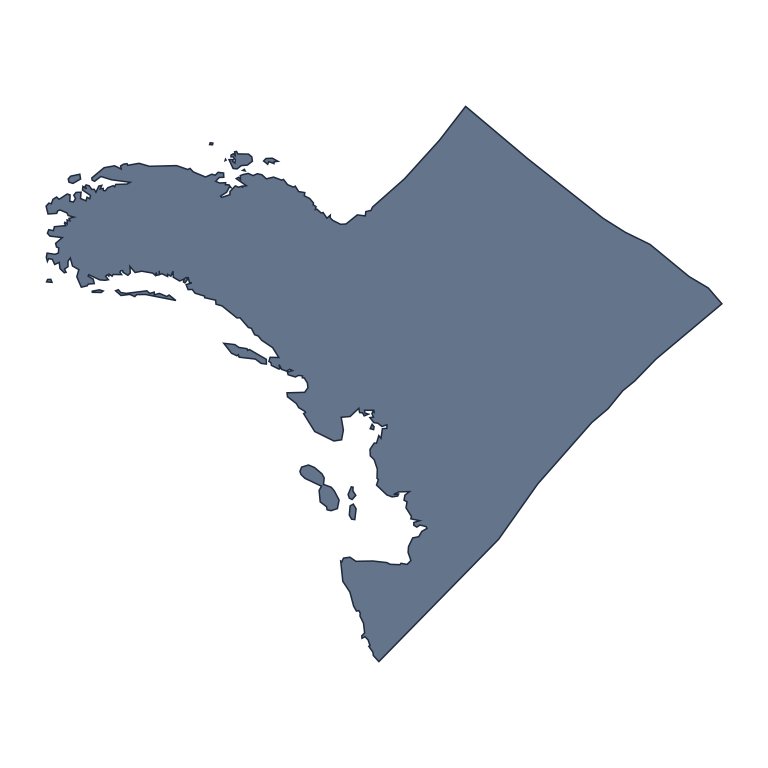 Fakfak, Papua Barat, Indonesia
{"feature_id": "22746128B79106566109504", "entity_name": "Fakfak", "entity_type": "district", "adm_level": 2, "iso_a3": "IDN", "parent_name": "Indonesia", "parent_adm1": "Papua Barat", "projection": "mercator", "projection_center": [132.521, -3.203], "detail": "fine", "context": "isolated", "style": "filled", "palette": "slate", "viewbox_px": 768, "rotation_deg": 0, "n_neighbors": 0, "source": "geoboundaries", "source_scale": "gbopen_adm2", "svg_char_len": 6049}
<svg xmlns="http://www.w3.org/2000/svg" viewBox="0 0 768 768"><path d="M721.9,303.8L708.3,288.0L689.0,276.5L650.0,244.4L625.3,232.3L603.1,218.3L527.7,158.7L465.6,106.4L439.3,140.4L404.5,178.8L372.5,207.1L371.0,210.4L365.8,211.6L365.3,215.9L357.3,214.9L346.0,224.0L340.6,224.3L332.6,220.3L330.1,217.6L330.3,215.2L326.9,218.2L323.1,212.5L321.2,213.0L316.9,209.2L315.3,209.6L316.0,206.6L313.2,204.8L313.5,203.0L309.7,198.5L304.3,195.8L304.8,192.6L298.7,191.6L295.2,186.1L293.5,187.1L287.6,184.7L283.5,179.4L281.6,180.1L273.6,177.1L266.3,178.8L262.0,174.8L257.4,173.7L253.1,175.6L248.2,173.4L243.1,174.5L240.3,175.6L240.5,179.3L238.6,177.3L236.2,178.6L246.3,185.7L242.7,186.2L242.7,187.9L242.0,186.1L238.6,187.2L235.3,185.9L230.0,191.5L229.9,194.7L221.8,197.4L220.6,196.1L226.6,192.3L229.3,187.2L231.0,187.6L228.9,184.8L225.4,184.7L225.7,182.7L219.5,183.0L215.7,181.3L219.2,177.5L223.8,177.3L223.6,173.0L218.1,172.3L215.2,175.2L211.9,174.2L205.5,177.0L193.3,171.9L190.0,168.4L187.8,169.5L176.5,165.6L149.4,166.3L139.1,163.3L127.7,165.3L127.1,163.7L123.7,164.1L120.6,165.9L121.2,169.0L114.6,165.8L104.1,167.7L91.8,177.9L92.1,180.1L94.6,181.3L100.9,176.5L111.6,179.8L130.2,182.3L126.9,184.1L115.7,184.4L114.7,186.8L113.2,185.7L107.8,187.7L105.3,190.8L103.5,190.6L103.2,188.4L100.2,188.9L101.8,185.4L98.8,186.1L95.9,192.2L94.2,189.3L91.7,189.4L89.2,185.8L86.1,184.9L85.0,186.4L86.5,188.9L82.9,186.4L82.5,190.0L90.5,195.5L89.7,198.7L87.0,197.2L86.0,200.8L80.5,198.5L81.1,192.2L76.1,192.4L73.8,195.2L75.5,198.6L73.5,202.0L69.8,201.3L70.1,194.9L67.2,194.0L59.1,199.3L56.6,197.0L53.0,199.3L51.3,203.8L48.9,203.1L46.1,206.1L48.0,214.0L56.7,213.4L57.7,210.8L60.1,210.0L67.1,213.0L68.1,215.5L74.0,217.1L69.0,218.4L69.9,220.8L67.1,219.9L67.2,223.9L64.9,222.3L64.5,223.4L65.8,225.6L54.4,226.7L53.4,230.6L48.8,229.7L47.4,233.2L49.9,236.1L62.3,237.6L55.6,243.3L56.5,247.0L58.7,247.9L58.4,253.0L55.0,254.3L47.1,253.1L46.3,257.3L47.4,261.4L48.6,258.7L52.3,259.3L54.7,264.5L59.2,262.4L60.0,268.6L64.3,272.8L66.1,272.3L64.5,269.1L68.0,266.6L68.0,261.2L70.3,258.0L72.5,266.0L78.8,269.6L76.8,276.8L81.3,287.2L87.2,285.8L88.3,284.1L94.3,283.6L93.2,279.1L88.1,276.1L88.8,274.7L99.8,279.9L105.2,280.3L108.4,279.7L105.6,276.3L107.1,274.8L108.8,276.1L109.1,274.2L112.1,276.2L113.2,274.5L121.6,274.6L119.9,272.2L120.7,270.8L122.7,270.6L123.0,272.3L127.9,275.3L130.3,273.0L129.9,266.4L135.1,272.5L141.7,271.2L152.7,273.1L155.5,275.5L156.3,272.4L156.3,275.4L159.3,274.7L159.2,270.7L159.3,274.7L161.9,273.7L167.6,276.5L167.6,274.3L170.9,276.2L173.0,271.2L173.2,277.2L179.7,281.0L184.4,278.9L183.4,281.9L184.9,282.9L187.8,279.2L186.2,277.7L188.2,277.6L189.4,282.4L191.9,282.9L186.1,284.6L188.1,289.6L192.3,289.5L195.0,293.2L204.5,296.1L204.7,297.7L215.6,300.2L216.0,304.2L222.0,305.9L236.9,317.9L240.0,317.8L248.4,327.5L251.4,328.3L254.6,334.7L258.2,336.0L261.7,340.3L272.6,347.6L278.8,357.5L270.1,357.3L268.9,361.5L270.9,362.6L271.4,365.4L278.9,369.1L280.0,368.7L279.0,364.6L281.7,369.4L286.5,371.1L289.6,369.3L292.4,370.6L287.4,372.1L288.1,374.7L295.4,377.0L298.4,375.4L302.5,375.9L302.3,377.8L304.3,378.0L307.4,383.0L307.9,387.8L304.7,392.3L287.0,392.8L287.5,396.8L296.4,403.6L298.7,407.6L304.9,411.4L305.5,412.6L303.6,413.6L314.7,431.5L333.9,441.0L341.6,439.8L343.4,430.0L341.2,417.3L350.1,416.5L358.8,408.3L359.6,412.6L362.5,412.8L364.2,415.9L368.5,414.1L364.8,413.0L364.5,410.3L373.8,410.3L374.2,412.4L372.7,411.8L371.9,413.6L373.5,417.1L369.9,417.6L373.8,422.6L377.8,423.2L381.9,426.5L386.9,424.8L386.9,428.3L382.4,428.7L381.0,438.3L378.8,435.6L376.5,443.2L374.2,443.1L370.0,449.3L370.3,455.9L374.2,459.7L377.3,469.1L377.0,478.4L378.4,479.5L376.5,485.1L386.8,494.9L392.0,496.9L397.6,496.1L398.6,494.1L393.7,494.4L398.9,491.9L409.5,491.6L404.9,495.1L404.0,500.2L407.0,501.8L406.0,507.8L411.4,516.4L410.8,518.8L419.6,520.7L413.8,522.5L413.8,525.2L416.8,527.1L420.0,525.0L426.0,526.6L427.0,528.4L421.8,531.4L418.7,536.7L412.7,537.9L408.5,546.6L408.1,552.4L410.9,560.5L407.1,564.4L401.0,563.3L399.9,564.7L390.2,564.3L386.9,562.6L372.9,561.0L355.9,561.3L349.9,557.2L343.5,558.1L341.8,561.8L340.7,561.1L342.8,581.3L349.9,592.1L353.6,606.0L356.4,611.1L358.7,610.6L360.2,613.0L360.0,616.1L363.5,623.2L364.6,633.0L361.8,635.8L362.0,638.3L365.0,636.7L368.1,639.9L370.0,645.6L368.8,646.3L373.0,652.4L373.3,655.5L378.9,661.6L498.6,539.3L537.7,484.0L591.7,422.6L608.1,408.7L622.8,390.7L634.6,381.1L656.0,359.1L721.9,303.8ZM308.5,465.0L301.6,467.1L299.9,471.4L301.0,474.5L305.0,478.4L321.5,486.2L319.1,490.4L320.2,501.9L326.6,506.8L327.1,509.8L331.1,510.7L337.4,508.6L339.1,500.1L334.3,490.9L331.2,487.2L323.5,484.4L324.2,477.9L322.0,473.9L314.5,467.5L308.5,465.0ZM234.9,344.6L223.8,343.3L231.5,353.2L236.9,355.8L238.3,354.8L239.1,357.2L255.4,359.1L261.1,363.4L266.4,364.1L266.3,359.3L249.4,349.5L247.7,350.4L247.0,348.7L238.8,347.4L234.9,344.6ZM248.5,154.1L237.9,153.9L236.5,151.4L234.6,151.8L235.2,155.5L233.3,153.8L231.0,155.1L231.0,156.9L233.1,156.8L235.4,159.8L234.9,163.0L232.6,161.4L233.4,159.5L229.0,159.6L233.1,168.5L237.1,168.9L241.3,165.6L247.4,165.1L252.4,161.2L251.8,156.8L248.5,154.1ZM120.7,292.5L118.3,289.7L115.6,290.8L121.0,295.5L129.8,294.4L134.8,296.6L136.7,294.6L145.6,294.5L175.9,300.5L169.1,295.0L166.8,296.5L159.4,293.4L154.3,294.7L154.2,292.1L149.8,293.4L146.8,290.8L126.2,293.4L120.7,292.5ZM73.0,183.4L80.6,179.0L79.8,174.2L70.6,176.2L68.2,179.0L69.0,182.2L73.0,183.4ZM354.8,519.6L356.1,508.9L353.3,504.1L350.1,505.9L349.3,515.2L351.6,519.2L354.8,519.6ZM352.1,499.5L355.8,495.4L352.9,490.9L353.1,487.2L351.3,486.8L348.1,494.5L349.3,498.1L352.1,499.5ZM272.3,158.2L266.0,158.5L263.6,161.0L267.7,164.3L268.7,161.6L274.0,163.6L274.0,161.8L278.0,161.3L272.3,158.2ZM103.2,291.0L99.4,289.8L92.2,291.2L92.3,292.3L101.1,292.5L103.2,291.0ZM373.6,429.6L374.1,426.7L372.1,424.3L370.2,428.7L373.6,429.6ZM47.6,279.5L46.6,281.9L52.0,282.3L50.8,279.3L47.6,279.5ZM212.5,144.8L212.9,143.1L210.2,142.7L209.6,144.6L212.5,144.8ZM245.2,170.9L244.3,169.3L242.7,170.4L245.2,170.9ZM225.1,160.6L226.1,160.1L225.5,159.2L225.1,160.6Z" fill="#64748b" stroke="#1e293b" stroke-width="1.5"/></svg>